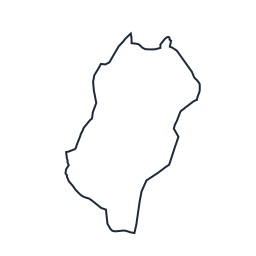 the district of Dandi, Kebbi, Nigeria, rotated 205°
{"feature_id": "59680162B35628626888177", "entity_name": "Dandi", "entity_type": "district", "adm_level": 2, "iso_a3": "NGA", "parent_name": "Nigeria", "parent_adm1": "Kebbi", "projection": "equal_earth", "projection_center": [3.827, 11.863], "detail": "fine", "context": "isolated", "style": "outline", "palette": "slate", "viewbox_px": 256, "rotation_deg": 205, "n_neighbors": 0, "source": "geoboundaries", "source_scale": "gbopen_adm2", "svg_char_len": 1895}
<svg xmlns="http://www.w3.org/2000/svg" viewBox="0 0 256 256"><g transform="rotate(205 128 128)"><path d="M113.5,44.7L106.2,32.6L101.6,29.3L99.2,28.3L97.7,28.4L95.8,29.0L93.5,30.3L90.2,32.3L88.0,33.5L85.4,34.1L81.6,34.5L77.8,35.5L79.6,43.9L86.2,65.7L88.9,76.2L89.1,88.3L81.9,100.0L77.7,107.9L75.2,112.1L76.2,120.7L77.5,131.2L77.7,133.6L78.6,141.4L86.2,146.8L86.9,150.9L86.7,155.0L87.4,164.7L87.1,166.1L85.7,168.5L85.0,170.2L84.3,171.5L83.6,172.8L80.1,179.4L79.2,180.8L79.0,181.0L78.8,181.2L78.5,181.5L78.4,181.7L78.3,181.8L78.2,181.9L78.1,182.1L77.9,182.3L77.5,182.5L77.8,183.9L78.1,185.7L78.3,187.9L78.5,190.6L78.9,192.3L79.7,194.2L81.6,198.1L82.9,199.0L84.2,199.7L85.7,200.5L88.9,201.5L90.4,202.7L93.8,205.9L116.4,218.7L121.5,219.5L124.5,219.4L125.8,225.3L127.7,225.7L128.2,226.9L128.7,227.2L129.6,227.7L131.0,226.8L132.2,224.5L133.9,217.4L132.5,214.3L136.4,211.0L137.8,210.2L139.0,209.6L141.1,208.6L142.8,207.9L145.6,206.8L148.6,206.8L151.1,207.6L153.7,208.4L156.3,207.8L157.8,207.3L160.6,206.4L163.0,211.3L165.4,214.8L168.2,207.6L168.7,205.1L169.4,202.9L171.0,197.8L172.6,179.7L175.4,176.0L176.9,175.6L179.6,174.6L179.8,171.0L180.8,161.5L179.2,155.2L175.0,147.9L167.3,137.2L166.5,127.1L166.3,126.7L164.7,121.6L164.8,120.9L165.7,119.2L168.2,109.4L168.0,106.7L168.2,102.3L167.9,101.0L167.2,89.8L166.8,88.3L167.2,86.4L169.0,84.5L171.9,81.5L173.9,80.0L170.7,74.9L169.6,73.7L169.3,73.3L169.2,73.1L169.0,72.9L168.9,72.6L168.8,72.4L168.8,72.2L168.7,72.1L168.6,71.9L168.5,71.7L168.3,71.5L168.1,71.2L167.9,71.0L167.5,70.6L167.2,70.2L166.9,70.0L166.6,69.7L166.2,69.4L165.9,69.1L166.4,66.7L166.6,64.0L166.0,62.3L165.5,60.6L165.1,60.1L164.4,59.8L163.9,59.6L163.4,59.4L163.2,59.1L163.0,58.7L162.8,58.2L162.5,57.8L159.2,54.8L153.1,52.0L151.9,51.3L149.9,50.1L145.5,48.3L142.1,47.2L139.1,46.9L136.6,47.1L133.5,47.6L130.4,47.1L118.5,44.2L113.5,44.7Z" fill="none" stroke="#1e293b" stroke-width="2"/></g></svg>